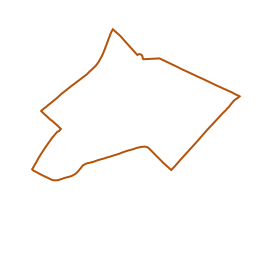 Al Matariyya, Al Qahirah, Egypt (Robinson projection), rotated 207°
{"feature_id": "37247803B27962965783351", "entity_name": "Al Matariyya", "entity_type": "district", "adm_level": 2, "iso_a3": "EGY", "parent_name": "Egypt", "parent_adm1": "Al Qahirah", "projection": "robinson", "projection_center": [31.312, 30.128], "detail": "fine", "context": "isolated", "style": "outline", "palette": "amber", "viewbox_px": 256, "rotation_deg": 207, "n_neighbors": 0, "source": "geoboundaries", "source_scale": "gbopen_adm2", "svg_char_len": 4920}
<svg xmlns="http://www.w3.org/2000/svg" viewBox="0 0 256 256"><g transform="rotate(207 128 128)"><path d="M207.2,117.2L207.6,116.5L207.8,115.9L208.1,115.3L208.5,114.4L208.9,113.5L209.3,112.6L209.7,111.7L209.9,111.2L210.1,110.7L210.7,109.3L211.4,108.0L211.5,107.7L211.8,107.1L211.9,106.7L212.1,106.3L212.4,105.7L212.6,105.2L212.8,104.9L212.9,104.6L213.0,104.3L213.1,104.0L213.1,103.7L212.7,103.5L212.4,103.5L212.1,103.4L211.5,103.2L211.1,103.1L210.5,102.9L210.1,102.8L209.2,102.5L208.8,102.4L208.4,102.3L207.5,102.1L206.6,101.9L206.2,101.7L205.8,101.6L205.0,101.4L204.9,101.3L204.5,101.2L204.1,101.1L203.2,100.8L202.8,100.7L202.4,100.6L201.5,100.3L201.1,100.2L200.8,100.1L200.5,100.1L200.2,100.1L199.8,100.1L199.5,100.1L198.9,99.9L198.6,99.9L198.3,99.8L197.8,99.7L197.2,99.5L196.7,99.4L196.3,99.3L196.1,99.2L195.8,99.1L195.5,99.1L195.1,98.9L194.8,98.9L194.6,98.8L194.1,98.7L193.7,98.6L193.2,98.5L192.7,98.3L192.1,98.2L191.6,98.0L191.2,97.9L190.9,97.8L190.6,97.7L190.4,97.7L190.1,97.6L189.5,97.4L189.2,97.3L188.9,97.2L188.3,97.0L187.8,96.8L187.7,96.8L187.4,96.7L188.2,93.7L188.3,93.6L189.3,92.5L191.2,84.5L192.7,74.3L193.4,68.4L194.1,60.4L194.1,57.9L194.6,48.4L194.7,47.8L193.5,47.2L191.1,47.1L188.6,47.1L186.3,47.0L183.0,47.0L181.5,47.0L178.3,47.1L177.1,47.2L174.3,47.2L173.0,47.2L170.9,47.5L169.3,48.2L167.6,49.1L166.1,50.3L164.4,52.0L162.3,54.2L160.8,55.7L158.9,57.3L157.5,58.6L156.5,59.6L155.7,60.7L154.7,62.2L153.8,63.8L152.9,66.4L152.1,69.7L151.8,71.3L151.3,74.0L149.5,76.8L147.9,78.4L146.3,79.7L145.1,80.7L143.7,82.0L143.2,82.4L142.9,82.8L140.4,85.5L138.6,87.2L137.6,88.1L135.8,89.7L134.6,90.9L132.6,92.9L131.5,93.8L129.4,96.0L127.7,97.6L124.3,100.9L122.4,103.1L121.0,104.6L119.8,105.8L118.6,107.1L116.3,109.2L115.3,110.1L113.9,111.3L112.7,112.6L111.3,114.1L109.9,115.3L107.6,117.1L105.4,118.6L104.0,119.3L102.5,119.5L102.1,119.6L100.9,119.6L97.7,118.6L94.8,117.6L80.2,112.8L70.4,110.2L68.9,115.3L67.0,122.9L62.3,140.1L59.8,149.4L58.7,154.0L56.6,162.2L54.3,170.1L52.0,178.3L50.4,184.0L48.9,188.3L48.6,189.8L47.6,193.0L47.1,195.9L46.6,198.0L46.0,200.7L45.2,202.3L43.8,204.7L43.8,204.8L42.9,206.9L45.0,206.9L47.2,206.8L48.0,206.8L48.4,206.8L48.8,206.8L51.5,206.9L59.8,206.5L71.1,206.0L81.3,205.8L89.8,205.4L97.1,205.2L106.5,204.8L112.6,204.8L131.5,204.3L143.9,197.2L144.9,196.5L145.2,196.5L145.5,196.4L146.1,196.4L146.4,196.7L146.5,196.9L146.7,197.2L146.9,197.4L147.1,197.6L147.2,197.8L147.4,198.0L147.6,198.2L147.8,198.4L148.0,198.6L148.2,198.8L148.4,198.9L148.6,199.1L148.9,199.2L149.2,199.3L149.5,199.3L149.8,199.3L150.0,199.3L150.4,199.3L150.9,199.2L151.2,199.1L151.4,198.9L151.7,198.8L151.9,198.6L152.1,198.4L152.3,198.2L152.5,197.9L152.7,197.5L152.8,197.3L153.1,197.4L170.3,204.0L176.5,206.5L177.1,206.6L177.6,206.8L186.3,209.0L186.3,208.7L186.3,208.3L186.4,207.8L186.4,207.7L186.4,207.2L186.4,206.7L186.4,206.1L186.4,205.6L186.3,205.1L186.3,204.5L186.3,203.9L186.3,203.4L186.2,202.7L186.1,202.4L186.1,202.0L186.0,201.6L186.0,201.2L185.9,200.8L185.9,200.3L185.9,200.1L185.9,199.8L185.8,199.3L185.8,198.8L185.7,198.3L185.7,197.8L185.6,197.3L185.5,196.7L185.5,196.3L185.4,195.9L185.4,195.3L185.3,195.0L185.2,194.2L185.1,193.3L185.0,192.3L184.9,191.8L184.9,191.4L184.8,190.5L184.8,190.4L184.7,189.9L184.7,189.5L184.6,188.7L184.5,188.4L184.5,188.0L184.4,187.3L184.4,186.6L184.3,185.7L184.2,184.8L184.2,184.4L184.1,184.0L184.1,183.1L184.0,182.7L184.0,182.3L184.0,181.6L184.0,180.9L183.9,180.5L184.0,180.0L184.0,179.3L184.0,178.6L184.0,178.0L184.0,177.3L184.1,176.7L184.1,176.2L184.1,175.6L184.1,175.0L184.2,174.4L184.2,173.8L184.2,173.3L184.3,173.1L184.3,172.8L184.4,172.1L184.5,171.8L184.5,171.4L184.6,170.7L184.7,170.3L184.8,170.0L184.8,169.7L184.9,169.4L184.9,169.1L185.0,168.8L185.1,168.3L185.3,167.9L185.4,167.5L185.5,167.1L185.7,166.6L185.9,166.1L186.1,165.6L186.3,165.0L186.4,164.6L186.6,164.3L186.7,163.9L186.8,163.4L187.1,162.9L187.3,162.3L187.4,162.0L187.5,161.8L187.7,161.2L188.0,160.5L188.1,160.0L188.3,159.4L188.6,158.6L188.7,158.2L188.9,157.6L189.0,157.2L189.3,156.7L189.5,156.2L189.7,155.7L190.0,155.2L190.4,154.3L190.8,153.4L191.1,153.0L191.3,152.5L191.7,151.6L191.9,151.2L192.1,150.8L192.3,150.4L192.5,149.9L192.9,149.2L193.2,148.5L193.4,148.1L193.6,147.7L194.0,147.0L194.1,146.7L194.3,146.3L194.6,145.7L194.8,145.4L194.9,145.0L195.0,144.9L195.2,144.4L195.4,144.1L195.5,143.7L195.8,143.1L196.0,142.8L196.2,142.5L196.4,141.9L196.5,141.8L196.6,141.5L196.8,141.1L197.2,140.4L197.3,140.0L197.5,139.7L197.9,138.9L198.1,138.5L198.2,138.2L198.4,137.8L198.6,137.4L199.0,136.4L199.4,135.5L199.7,135.0L199.9,134.5L200.3,133.5L200.9,132.2L201.6,130.8L202.2,129.4L202.8,128.1L202.9,127.8L203.1,127.5L203.3,126.8L203.4,126.5L203.6,126.1L203.9,125.3L204.1,124.7L204.3,124.1L204.4,123.9L204.7,123.1L204.8,122.8L204.9,122.5L205.1,122.0L205.3,121.6L205.5,121.1L205.7,120.6L206.0,119.9L206.4,119.2L206.6,118.7L206.8,118.1L207.0,117.7L207.2,117.3L207.2,117.2Z" fill="none" stroke="#b45309" stroke-width="2"/></g></svg>